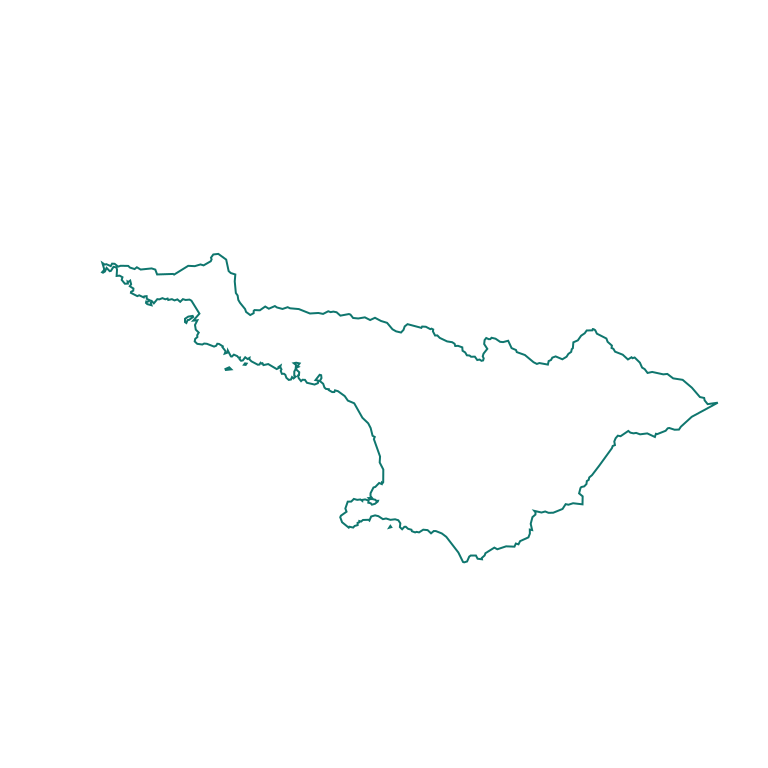 outline of Buol, Sulawesi Tengah, Indonesia, rotated 207°
{"feature_id": "22746128B60636029206407", "entity_name": "Buol", "entity_type": "district", "adm_level": 2, "iso_a3": "IDN", "parent_name": "Indonesia", "parent_adm1": "Sulawesi Tengah", "projection": "orthographic", "projection_center": [121.506, 0.994], "detail": "fine", "context": "isolated", "style": "outline", "palette": "teal", "viewbox_px": 768, "rotation_deg": 207, "n_neighbors": 0, "source": "geoboundaries", "source_scale": "gbopen_adm2", "svg_char_len": 6164}
<svg xmlns="http://www.w3.org/2000/svg" viewBox="0 0 768 768"><g transform="rotate(207 384 384)"><path d="M689.9,364.0L685.7,359.6L685.2,358.2L685.9,355.6L684.9,355.6L683.7,357.6L683.9,361.5L679.6,360.0L678.7,360.8L678.2,365.6L675.4,366.4L673.8,364.7L671.3,358.9L668.8,360.5L665.5,360.4L665.0,357.7L660.4,355.7L657.8,357.2L658.9,358.8L658.2,358.7L657.1,360.9L654.6,358.1L654.9,355.7L650.6,355.3L649.8,353.3L651.2,351.4L650.9,350.3L643.7,350.3L642.4,351.9L637.3,352.1L637.4,353.2L635.4,354.5L634.0,352.2L630.3,352.3L632.0,349.9L633.3,349.6L632.9,348.2L631.1,347.7L626.9,348.6L628.7,350.5L628.4,352.4L625.7,351.4L624.5,356.7L622.6,357.4L620.4,359.9L617.3,360.2L615.6,361.9L614.4,360.9L611.5,363.3L608.6,363.4L606.5,365.6L602.9,364.7L601.7,368.3L598.9,368.8L595.6,370.9L593.4,370.8L580.4,362.9L582.7,353.9L579.2,356.1L579.2,350.8L576.4,347.0L572.4,345.7L572.6,342.7L571.6,341.1L572.7,338.5L572.0,336.0L568.6,335.0L563.8,336.7L562.6,338.4L560.1,339.4L552.4,340.2L550.9,341.9L550.8,344.2L549.2,344.8L544.7,344.4L544.7,343.5L540.0,341.3L539.7,338.8L537.6,341.0L538.3,342.9L533.0,339.1L532.0,339.4L531.1,342.0L527.4,342.2L525.6,341.4L524.4,342.2L523.9,340.5L521.9,339.8L520.5,340.9L519.8,344.8L516.9,344.3L515.7,346.2L515.2,344.9L512.4,344.0L505.2,343.9L503.8,344.8L503.6,346.9L502.2,346.6L501.7,347.3L500.0,346.1L496.2,349.2L486.4,348.6L485.0,350.5L485.7,351.2L484.5,353.4L484.2,352.1L482.0,350.5L482.0,348.8L479.6,346.7L477.8,347.7L476.1,347.4L473.8,345.2L470.7,344.4L468.9,345.8L469.1,348.4L467.1,347.9L466.0,350.6L467.7,350.6L469.6,354.4L469.5,357.0L471.0,361.0L473.8,361.6L471.9,363.1L468.6,364.0L469.1,360.7L468.0,360.6L469.8,358.4L468.5,357.0L464.9,356.0L463.8,353.3L464.5,352.6L462.7,350.5L459.2,348.9L458.5,350.8L456.3,351.8L453.2,350.1L445.6,352.0L443.3,354.7L443.9,357.2L446.8,356.4L445.5,363.0L444.0,363.3L442.4,360.9L442.5,357.5L438.3,356.6L435.4,353.8L433.5,353.3L430.8,354.3L430.5,353.5L426.5,353.3L424.6,354.3L424.8,356.1L421.7,356.7L413.5,355.4L408.7,352.8L401.8,353.3L387.9,344.1L380.2,341.8L375.9,338.7L370.7,332.7L368.2,332.6L368.0,330.3L354.6,317.6L352.2,312.1L345.8,307.5L340.1,296.1L340.3,294.9L341.1,295.1L340.6,293.8L343.4,293.6L345.0,288.4L346.4,287.0L346.4,280.6L345.2,278.1L343.3,277.2L345.9,275.4L344.5,274.9L342.2,276.2L339.1,276.9L337.8,276.3L336.3,277.2L336.2,276.4L337.7,273.1L340.0,271.0L341.7,271.7L344.1,271.1L344.8,273.2L348.4,272.6L350.7,270.9L350.3,270.0L352.6,270.4L355.3,268.6L358.7,267.9L359.8,264.4L362.9,262.7L361.9,255.5L359.4,253.2L362.6,247.1L362.5,245.4L358.6,241.8L350.2,240.0L350.1,241.1L346.3,242.1L345.7,244.2L343.4,246.3L344.5,248.3L343.3,249.5L343.8,250.7L342.0,251.0L341.0,253.3L336.1,256.0L335.0,255.7L335.3,260.1L332.3,262.9L329.0,263.7L323.6,263.1L321.1,265.1L316.6,265.9L312.7,268.5L309.4,269.1L306.2,267.3L304.9,263.7L301.9,262.8L301.0,266.0L299.8,266.7L296.8,265.9L293.4,266.6L292.3,265.5L288.9,265.9L287.9,267.0L285.4,267.7L282.9,272.0L278.8,273.6L274.3,272.3L272.9,275.6L271.0,276.5L264.7,277.1L259.1,276.1L241.2,267.6L232.8,261.3L231.6,261.5L229.4,263.6L229.7,268.9L228.8,270.6L224.2,272.9L221.3,270.8L217.1,272.3L217.9,273.4L216.5,276.9L216.8,279.3L211.4,288.3L208.0,288.2L201.5,294.8L193.9,298.3L194.1,301.7L191.4,302.2L191.4,305.8L185.7,312.9L186.1,316.9L188.0,320.5L185.7,321.1L189.8,326.0L191.3,332.8L189.8,336.4L190.7,338.4L192.5,339.2L185.3,341.0L182.5,343.6L179.0,343.9L174.8,346.1L168.2,353.7L167.6,359.4L164.8,360.2L161.4,363.6L152.5,366.9L156.0,374.1L160.5,375.1L161.7,380.5L161.4,381.8L159.1,383.7L158.2,386.8L159.2,389.6L158.1,391.5L158.7,393.9L157.3,397.2L155.1,409.3L151.8,430.3L152.1,432.6L150.5,434.4L152.7,437.3L153.0,440.8L152.2,444.1L149.5,444.9L145.0,453.1L142.4,452.5L139.3,453.3L137.1,454.9L133.0,455.4L127.0,459.5L118.6,459.8L119.1,463.1L117.8,463.4L111.8,470.2L111.1,473.3L109.9,474.3L104.3,475.2L100.5,477.3L100.1,480.7L94.9,494.5L78.1,518.9L86.5,513.0L90.9,515.0L92.4,516.9L96.6,515.8L108.0,520.5L119.8,523.3L128.9,520.3L136.1,521.6L139.5,519.4L150.5,516.5L154.2,513.5L158.5,515.6L161.5,515.8L165.7,519.2L172.7,521.4L174.3,519.8L175.6,520.2L177.8,516.6L184.6,518.5L192.8,517.7L195.6,519.5L197.6,519.4L198.4,521.7L203.9,523.1L206.5,525.5L217.2,525.5L220.2,527.8L222.1,528.0L222.9,527.7L222.7,526.4L227.7,523.7L228.2,520.3L230.3,516.5L231.1,510.9L234.2,507.1L232.0,501.7L232.5,500.2L231.8,497.6L233.4,494.5L233.7,491.2L236.3,487.0L243.6,486.5L246.0,483.9L246.1,481.2L247.7,479.2L246.8,475.7L255.1,473.2L256.9,471.3L260.6,471.3L271.6,473.8L280.2,472.7L281.8,474.2L286.6,473.9L293.0,478.9L296.9,475.4L299.7,474.3L305.2,475.0L309.2,474.0L309.6,472.3L311.0,471.5L313.8,471.4L314.3,468.8L312.9,465.1L307.9,462.2L309.1,456.3L308.6,453.5L306.8,452.1L306.4,450.0L307.7,448.9L309.9,449.2L311.8,447.7L315.5,449.6L318.8,447.8L320.7,448.2L323.2,447.2L326.0,449.0L329.1,449.3L330.9,452.2L335.4,451.6L337.8,450.2L339.4,451.9L342.2,452.2L347.1,450.6L355.3,450.4L358.5,451.5L360.5,450.4L364.3,453.1L364.9,454.9L366.8,454.9L367.6,453.9L372.7,454.0L376.1,452.5L376.2,451.0L390.2,448.0L391.7,444.7L391.2,441.1L392.2,437.6L397.1,436.4L401.3,436.6L409.0,439.9L415.3,438.8L422.1,438.9L425.4,434.7L431.3,434.7L436.7,430.7L441.5,428.8L445.4,430.6L447.0,430.4L453.9,425.1L458.8,426.4L462.0,425.5L464.2,423.8L466.7,423.5L470.1,418.8L474.7,417.5L482.0,413.2L493.9,412.1L502.1,408.8L504.7,408.7L508.5,404.8L514.1,403.6L516.6,403.9L520.8,398.8L525.0,399.1L528.1,393.3L532.9,391.1L533.3,390.1L532.3,387.9L534.5,384.7L539.6,385.6L541.8,387.7L549.2,391.0L552.0,392.8L554.6,396.4L557.3,397.8L563.6,407.7L566.2,414.1L570.9,413.3L573.7,414.1L581.1,423.2L590.7,424.7L594.9,421.9L595.5,418.0L594.2,416.8L594.1,414.7L598.6,407.8L601.8,407.2L606.1,403.1L612.1,400.4L620.7,386.2L621.9,386.3L635.9,378.6L639.7,382.1L643.5,381.5L652.8,375.5L657.2,375.8L658.4,373.2L663.2,372.4L665.5,373.1L672.3,369.8L674.2,367.9L678.6,368.8L680.9,367.8L681.0,365.0L685.8,364.7L687.1,363.6L689.9,364.0ZM585.4,357.8L589.0,355.2L590.9,351.8L589.4,348.8L587.8,348.6L588.0,351.8L586.8,352.6L584.5,357.1L585.4,357.8ZM529.5,328.6L532.1,325.4L531.3,324.7L526.7,327.7L529.5,328.6ZM517.2,339.3L517.5,337.6L515.9,338.2L515.7,339.8L517.2,339.3ZM313.9,260.4L314.1,258.3L312.6,259.7L313.9,260.4Z" fill="none" stroke="#0f766e" stroke-width="2"/></g></svg>